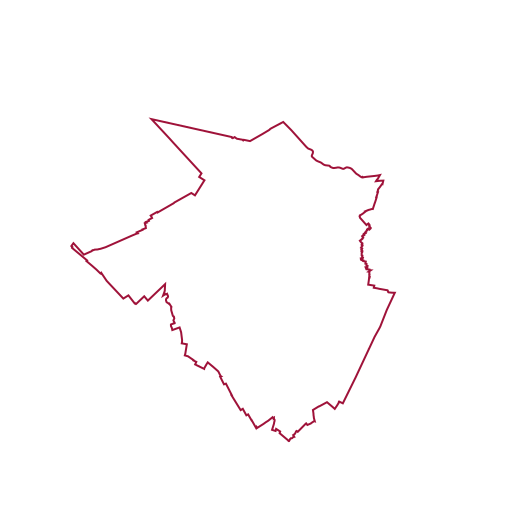 outline of Midden-Groningen, Groningen, Netherlands, rotated 146°
{"feature_id": "6326949B36639676585237", "entity_name": "Midden-Groningen", "entity_type": "district", "adm_level": 2, "iso_a3": "NLD", "parent_name": "Netherlands", "parent_adm1": "Groningen", "projection": "orthographic", "projection_center": [6.809, 53.185], "detail": "fine", "context": "isolated", "style": "outline", "palette": "rose", "viewbox_px": 512, "rotation_deg": 146, "n_neighbors": 0, "source": "geoboundaries", "source_scale": "gbopen_adm2", "svg_char_len": 5824}
<svg xmlns="http://www.w3.org/2000/svg" viewBox="0 0 512 512"><g transform="rotate(146 256 256)"><path d="M158.5,351.9L171.7,353.3L173.1,353.4L174.3,353.1L181.9,353.5L182.1,353.5L196.7,354.6L201.2,359.2L202.0,359.0L202.2,359.8L202.4,360.2L203.6,361.3L205.3,363.0L206.0,363.6L206.2,363.8L206.9,365.5L207.2,366.5L209.3,366.7L209.5,367.8L209.8,367.8L209.7,368.3L209.8,368.4L266.1,427.9L263.0,408.1L261.9,401.1L261.2,396.0L255.0,355.0L258.9,353.3L256.4,347.6L272.7,340.4L274.4,344.4L293.8,346.0L294.4,345.8L294.6,345.8L313.3,347.1L313.3,347.8L320.7,348.4L320.7,346.8L320.9,345.6L323.8,345.9L324.2,345.9L324.8,346.0L325.1,345.0L328.6,345.9L328.9,345.8L329.0,345.3L328.8,345.0L329.9,345.3L330.0,344.7L330.4,344.0L330.4,343.4L330.6,343.2L330.5,342.9L330.6,342.6L331.0,342.1L331.5,341.1L331.7,340.7L335.3,341.5L335.4,341.1L341.6,342.3L341.4,340.9L342.5,341.3L347.5,342.3L375.8,347.4L380.9,348.9L382.5,349.6L383.5,349.9L386.2,351.5L387.5,351.7L387.9,352.1L389.0,352.2L389.4,351.9L389.5,351.9L398.0,353.4L398.2,354.9L400.2,368.7L403.5,367.5L403.2,366.1L403.9,365.8L404.0,365.7L398.5,346.8L399.4,346.6L397.5,340.0L395.9,334.0L394.8,328.7L394.5,328.1L393.7,328.5L393.7,318.9L389.8,294.9L383.8,294.7L383.1,284.6L382.7,284.6L382.5,283.5L382.4,283.3L382.1,283.3L371.2,285.1L370.6,279.5L347.1,283.5L351.0,278.3L351.8,277.6L353.7,276.2L355.2,275.1L354.0,275.1L353.1,274.9L351.8,275.0L351.5,274.5L351.5,274.2L351.3,273.9L351.2,273.8L351.2,273.7L351.0,273.8L351.4,271.8L351.6,271.6L352.2,271.1L352.6,270.9L353.6,271.0L354.5,270.6L354.8,270.4L355.4,269.6L355.9,268.0L355.9,267.6L355.2,266.0L354.9,265.0L354.5,265.0L354.6,261.1L355.0,261.0L356.6,258.5L358.4,252.9L358.2,252.1L358.2,251.7L358.3,251.1L358.2,251.1L358.5,250.3L358.7,249.9L359.0,249.7L360.2,249.0L360.5,248.7L360.6,248.1L360.8,246.1L361.0,245.8L361.5,246.0L361.5,245.9L364.6,246.8L364.8,246.8L365.0,246.4L365.5,245.8L365.7,245.4L365.9,243.9L366.1,243.1L366.8,241.4L359.3,239.5L360.7,234.7L364.3,227.6L365.4,226.1L366.4,225.1L362.7,221.5L369.1,214.7L370.6,213.4L368.4,210.8L368.4,210.7L366.0,204.6L366.3,204.4L364.7,201.6L367.1,200.1L362.1,191.4L361.5,192.0L361.0,192.2L357.8,193.8L355.5,194.8L353.4,187.6L351.8,181.4L352.3,177.5L352.4,176.0L352.3,175.8L353.2,176.0L354.3,167.5L352.3,167.0L353.9,154.1L354.2,154.2L354.9,136.8L352.4,136.7L353.1,129.3L351.1,129.1L351.6,122.3L351.4,122.3L352.1,113.3L351.3,113.8L351.4,113.2L351.0,113.2L351.0,112.8L343.7,112.6L340.9,112.7L337.9,112.6L332.4,113.1L332.4,111.9L331.6,111.9L332.0,111.4L331.9,111.4L332.2,110.8L332.2,109.8L332.8,108.9L333.8,108.1L334.9,106.9L339.9,102.9L337.6,100.0L336.0,101.4L334.1,97.0L335.5,95.9L332.4,85.0L332.5,84.8L332.3,84.2L332.1,84.1L330.7,84.8L330.1,85.2L329.5,85.2L329.1,85.4L328.5,85.0L327.9,84.8L326.4,85.1L326.2,85.1L325.9,84.8L325.6,84.9L325.4,84.8L325.3,86.7L324.6,86.6L324.3,86.7L323.6,86.9L323.2,86.8L321.9,87.5L320.9,88.2L320.1,88.2L319.7,86.9L308.4,89.2L308.0,89.2L307.9,87.2L304.3,86.5L303.4,86.6L300.4,86.6L300.0,86.5L299.7,86.1L298.6,89.3L297.9,90.6L297.3,91.9L296.5,93.2L296.1,94.0L294.9,96.5L288.1,96.2L287.8,96.0L278.9,95.1L277.0,88.4L276.2,85.2L272.2,86.8L271.0,87.4L270.0,87.7L269.4,88.3L269.0,88.6L268.8,88.8L268.5,88.9L266.4,85.3L241.2,99.7L216.0,114.8L214.8,115.5L214.5,115.8L214.3,115.8L202.8,122.7L194.1,127.1L192.3,128.1L177.8,138.1L161.5,147.9L164.0,149.7L166.5,151.8L166.6,152.0L166.1,153.7L166.1,154.0L171.9,159.6L172.2,159.9L173.6,161.4L176.1,163.8L174.5,165.3L179.0,169.5L176.1,172.7L174.9,174.1L174.1,174.8L173.9,174.6L173.5,175.0L173.9,175.3L172.3,177.1L172.5,177.3L171.0,179.2L171.0,179.6L171.4,180.0L168.9,180.0L169.9,180.8L169.5,181.3L171.9,183.3L171.5,185.1L170.3,184.0L169.1,185.4L169.9,186.1L168.8,187.6L169.6,188.5L168.1,190.0L169.9,191.8L169.5,192.2L170.9,193.7L171.0,194.3L170.8,194.8L170.5,195.3L169.3,194.1L168.2,194.9L168.7,195.7L168.1,196.5L167.6,196.9L168.0,197.5L166.8,199.3L165.6,199.9L166.0,200.7L164.9,201.2L165.2,202.0L164.8,202.2L164.9,202.5L163.8,202.9L164.3,204.1L162.4,204.8L162.5,204.9L162.6,205.3L162.1,205.5L161.6,205.8L161.9,206.5L161.4,206.9L160.7,207.1L161.3,209.3L161.3,210.6L161.2,210.6L161.2,210.4L159.3,210.8L159.2,210.6L158.4,210.7L158.4,210.8L158.0,210.9L157.9,211.0L156.9,211.2L157.0,212.7L156.9,212.9L156.9,213.1L155.7,213.2L155.7,212.8L154.6,212.8L154.6,213.9L154.3,213.9L154.1,214.1L153.8,214.1L153.8,213.7L152.3,213.6L152.2,214.4L151.2,214.4L151.2,214.9L149.2,215.2L149.3,215.8L149.2,215.9L147.4,216.0L147.2,214.5L145.8,214.7L145.2,215.0L145.4,217.5L144.9,217.6L144.9,218.3L144.5,218.5L144.6,220.1L145.6,220.1L147.1,219.9L147.5,222.6L147.8,225.1L148.4,229.5L148.3,229.9L147.9,230.5L147.9,231.0L147.7,231.1L147.2,231.6L145.5,231.4L143.6,231.4L139.4,231.7L138.9,231.6L139.0,231.7L137.0,231.3L135.7,230.8L134.0,230.3L133.4,230.0L132.9,229.6L127.8,233.6L127.7,233.6L125.0,235.7L123.3,237.1L123.5,237.3L121.9,238.6L122.0,238.6L119.1,240.8L119.4,241.2L119.5,241.3L117.7,242.6L117.6,243.0L114.4,244.0L111.3,245.2L111.0,245.1L110.9,244.9L108.3,247.3L111.4,249.2L114.7,250.9L112.9,251.7L112.7,251.7L112.4,251.6L108.0,253.8L110.0,254.6L113.2,256.2L119.8,259.7L122.9,261.2L123.0,261.2L123.4,262.0L124.1,261.8L125.0,263.4L125.8,265.8L126.8,268.0L127.0,268.9L127.8,273.9L128.0,274.8L128.4,275.6L129.0,276.6L130.5,278.2L130.8,278.4L131.3,278.8L132.2,279.0L134.4,279.2L135.0,279.5L135.5,280.0L136.9,282.1L137.8,283.1L139.0,283.9L139.9,284.2L141.7,285.1L142.3,285.4L142.9,285.9L143.4,286.5L144.4,288.1L144.6,288.9L144.5,289.3L144.7,289.8L145.1,290.2L147.8,292.5L148.7,293.8L149.3,295.3L149.5,296.1L149.9,297.1L150.5,298.1L151.3,299.2L152.1,300.5L152.6,301.4L152.8,302.0L153.3,304.0L153.5,304.9L154.0,306.6L153.9,307.7L153.1,308.4L151.6,309.3L151.0,309.9L150.4,310.7L150.3,311.1L150.3,311.6L150.5,312.6L151.1,313.7L151.4,314.1L152.6,315.8L152.8,316.4L153.3,318.5L155.3,333.0L156.4,340.8L158.5,351.9Z" fill="none" stroke="#9f1239" stroke-width="2"/></g></svg>